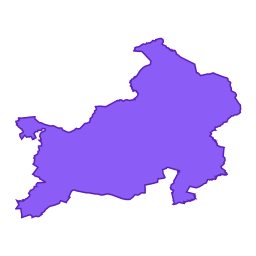 Vietalvas pag., Plavinu, Latvia (Equal Earth projection)
{"feature_id": "27541924B27962464442280", "entity_name": "Vietalvas pag.", "entity_type": "district", "adm_level": 2, "iso_a3": "LVA", "parent_name": "Latvia", "parent_adm1": "Plavinu", "projection": "equal_earth", "projection_center": [25.736, 56.75], "detail": "fine", "context": "isolated", "style": "filled", "palette": "violet", "viewbox_px": 256, "rotation_deg": 0, "n_neighbors": 0, "source": "geoboundaries", "source_scale": "gbopen_adm2", "svg_char_len": 5831}
<svg xmlns="http://www.w3.org/2000/svg" viewBox="0 0 256 256"><path d="M95.4,106.6L95.9,107.8L96.4,108.4L96.2,109.8L94.6,110.9L94.7,112.9L93.7,113.4L92.8,114.6L92.4,115.6L92.5,116.2L92.1,117.0L90.6,118.1L90.5,118.9L90.1,119.0L90.4,119.5L89.6,121.7L89.7,122.0L86.5,123.4L84.9,123.4L79.8,128.7L77.5,128.9L76.3,128.3L74.2,130.2L69.7,132.3L67.8,132.3L62.7,130.0L61.7,128.0L59.4,128.0L59.1,128.4L53.2,125.7L50.5,126.0L44.2,124.3L41.3,122.8L39.7,122.8L38.5,122.0L34.9,118.9L34.9,116.7L20.7,118.2L18.7,117.9L18.5,118.4L19.3,119.8L18.1,120.4L18.3,120.8L15.9,121.4L16.3,122.9L17.2,123.5L16.9,123.9L17.1,124.4L16.6,124.9L17.7,125.6L18.2,126.6L20.0,127.9L20.5,128.7L22.0,129.0L22.3,130.5L22.7,130.7L23.4,131.6L23.2,132.3L19.8,134.2L20.1,136.4L21.7,139.1L24.7,135.3L25.8,136.2L26.4,137.2L28.9,136.7L29.3,137.0L29.7,136.6L31.0,136.5L32.4,138.8L32.5,139.5L33.8,139.2L33.7,138.7L36.0,137.8L34.0,133.4L35.7,131.6L37.6,131.6L37.6,130.8L38.1,130.5L41.0,130.1L41.0,130.5L41.6,130.6L41.7,129.5L42.5,128.5L44.8,128.7L45.3,129.5L44.9,131.0L43.8,131.1L40.5,133.3L40.1,134.6L39.7,136.4L40.4,137.3L41.0,140.3L39.1,140.3L41.6,142.7L41.5,145.9L38.6,146.1L38.5,147.6L39.3,149.0L39.3,150.4L38.0,151.5L38.1,152.7L37.6,154.0L34.4,155.9L34.7,156.8L33.8,158.0L34.7,158.8L34.2,162.4L34.1,163.0L33.1,164.1L38.0,167.3L32.7,174.3L33.7,174.6L34.8,175.9L39.6,177.4L39.7,178.8L44.8,181.5L45.1,182.3L37.6,182.8L36.2,184.4L36.7,186.5L34.3,186.5L34.0,188.4L32.8,189.4L30.5,190.4L29.0,192.8L28.6,193.4L29.9,195.0L29.8,195.8L27.2,198.3L25.4,199.1L24.5,200.2L23.3,199.7L22.7,200.0L23.5,200.7L23.4,200.9L21.9,201.2L20.6,200.9L19.5,201.0L19.6,201.5L18.8,201.6L18.9,201.0L18.4,201.2L16.8,200.5L18.9,204.7L16.2,208.4L15.4,208.9L20.7,208.5L21.8,214.7L21.7,217.5L30.0,214.7L32.1,216.1L32.1,217.5L35.6,216.2L38.0,216.6L38.9,216.5L42.1,214.2L41.4,213.5L41.6,213.2L44.4,211.5L45.4,209.7L49.5,206.4L54.5,205.1L59.0,203.4L59.7,202.9L59.8,201.7L60.7,200.8L67.0,202.7L65.9,202.4L69.9,197.3L68.6,196.8L69.2,196.1L71.5,191.0L73.8,190.0L74.6,190.0L76.0,190.7L87.0,192.9L87.7,192.6L95.3,194.0L97.7,194.0L100.9,195.0L103.8,194.8L107.2,193.8L112.2,194.9L121.9,198.6L126.4,199.5L129.9,199.4L133.1,196.9L134.8,194.8L138.2,195.0L140.3,193.8L141.6,192.6L144.3,193.1L145.2,192.7L145.1,188.0L144.8,185.1L152.5,183.5L157.5,182.2L158.1,178.6L159.5,178.8L163.7,178.2L165.0,177.5L163.1,173.5L162.6,169.7L166.3,168.3L166.6,167.7L167.8,167.3L179.4,170.7L179.5,171.8L177.8,171.7L178.0,173.9L176.7,175.5L176.4,176.6L175.6,177.6L175.6,178.1L173.9,180.6L174.0,182.9L171.3,184.7L170.7,187.5L170.4,187.7L171.0,189.4L171.6,189.4L172.4,190.3L173.0,190.1L173.4,190.3L173.0,190.7L173.2,191.7L172.5,192.6L172.6,192.9L171.8,192.9L173.3,199.0L173.2,200.6L173.8,201.3L174.4,203.2L173.0,204.2L173.4,204.4L176.5,203.8L178.4,202.5L179.2,202.4L184.2,203.4L184.0,201.8L184.5,202.1L184.4,202.6L184.8,202.6L185.0,202.4L185.1,201.8L187.6,201.4L188.1,200.9L188.9,200.9L188.8,200.7L190.0,201.2L190.3,200.4L191.0,200.5L191.3,200.2L191.7,200.5L192.7,200.0L192.4,199.5L194.1,199.6L194.5,198.5L195.7,198.6L195.1,197.9L195.1,197.1L194.8,196.8L195.3,196.1L194.2,195.6L194.7,195.1L194.7,194.5L194.9,194.2L186.5,192.0L189.8,186.3L196.2,187.8L199.1,186.8L202.3,185.0L204.0,183.6L206.3,182.9L207.6,179.6L209.1,179.6L209.6,180.0L211.0,179.4L211.6,179.9L212.4,179.7L212.5,179.3L214.8,179.0L215.4,179.3L215.9,178.7L215.3,178.3L215.3,178.1L216.5,177.4L216.5,176.7L216.0,176.4L217.0,176.3L217.2,175.7L218.6,175.5L218.7,175.1L219.3,175.4L220.3,175.3L220.5,174.7L221.0,174.7L220.9,174.4L221.6,174.7L222.3,174.2L223.2,174.8L224.2,174.4L224.8,175.0L225.1,174.5L226.1,175.0L227.2,174.2L226.2,172.7L225.0,172.0L225.3,170.8L221.6,168.1L221.0,166.5L223.0,164.9L224.3,163.4L223.9,162.4L225.0,160.4L224.8,157.9L223.2,156.5L223.9,148.1L224.2,147.5L222.6,147.0L220.9,147.1L220.7,146.8L219.7,146.7L219.1,146.1L217.4,145.6L217.7,145.3L216.9,144.4L217.1,143.4L215.9,142.2L216.0,142.0L215.8,142.1L215.5,141.5L214.9,141.3L215.5,140.4L214.9,140.3L214.9,139.9L213.0,139.6L212.8,139.0L213.2,138.8L213.2,138.0L212.5,137.8L211.6,136.8L209.8,135.9L211.3,134.4L211.5,133.7L210.3,132.8L213.4,130.2L215.7,130.2L215.0,128.9L215.2,127.2L217.2,127.1L218.4,126.4L220.2,126.0L221.2,124.8L222.7,124.1L223.3,122.5L226.8,121.9L228.0,119.1L231.8,115.9L233.4,115.8L234.0,115.1L234.8,114.9L236.8,114.8L239.2,113.5L240.4,112.3L239.9,110.5L240.6,109.5L240.3,105.0L238.8,103.4L234.9,97.4L236.3,95.8L236.3,94.6L235.2,92.9L231.2,90.7L231.3,88.2L230.0,85.3L230.7,82.9L230.3,82.2L228.3,80.9L227.8,78.7L226.9,77.9L223.8,77.1L214.5,73.6L213.7,73.0L212.9,73.0L209.2,74.2L207.9,73.9L200.7,75.6L198.2,73.0L196.5,72.6L194.7,64.2L180.6,57.2L177.9,54.9L176.4,54.1L176.4,53.2L175.1,50.7L174.4,50.4L174.0,50.8L173.1,50.4L172.7,50.5L172.6,50.1L172.4,50.2L172.3,51.0L171.6,50.8L171.5,50.4L170.4,50.1L170.6,49.8L170.2,49.9L170.1,49.5L169.4,49.2L169.4,48.7L168.8,48.5L168.3,47.9L166.5,47.7L166.3,46.6L165.8,46.1L162.5,44.6L162.1,43.8L163.3,42.1L163.2,40.0L161.4,38.5L160.0,38.5L155.7,39.7L155.7,40.7L155.2,41.0L152.6,40.5L152.1,41.4L150.0,43.0L149.1,42.8L147.6,43.3L146.6,43.0L146.3,43.8L145.0,44.3L143.1,44.0L139.1,46.6L137.5,47.1L136.1,47.1L134.8,48.0L135.1,49.6L133.9,50.5L133.9,50.9L139.2,51.4L140.9,51.3L142.2,51.7L150.9,61.0L150.3,64.6L145.6,66.1L143.0,67.7L140.1,70.7L136.5,76.4L134.7,76.7L134.2,77.1L134.7,77.7L134.0,77.8L132.9,79.0L132.0,79.1L131.2,80.2L130.5,80.7L131.0,81.2L129.9,82.1L129.8,82.7L130.9,83.3L131.3,84.7L130.4,85.7L130.4,86.0L131.5,86.4L131.4,87.0L132.1,87.6L131.8,88.1L131.9,88.8L132.3,89.3L133.1,89.6L132.8,91.0L133.5,91.2L135.1,90.4L136.0,90.6L136.3,90.9L136.2,91.5L136.4,92.0L137.4,92.2L137.9,93.7L138.3,93.9L137.1,96.6L134.3,98.8L135.0,99.4L134.9,99.6L134.1,99.0L132.6,100.1L132.2,99.9L129.7,100.5L126.8,99.7L125.1,100.1L123.3,101.2L121.6,100.0L119.8,99.9L119.5,100.7L117.6,100.4L105.9,106.7L100.0,106.2L95.4,106.6Z" fill="#8b5cf6" stroke="#5b21b6" stroke-width="1.5"/></svg>